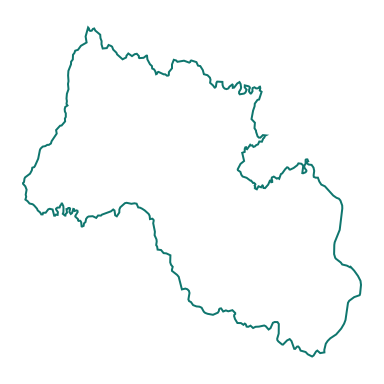 Venadillo, Tolima, Colombia (Equal Earth projection)
{"feature_id": "7082276B11434754616335", "entity_name": "Venadillo", "entity_type": "district", "adm_level": 2, "iso_a3": "COL", "parent_name": "Colombia", "parent_adm1": "Tolima", "projection": "equal_earth", "projection_center": [-74.942, 4.71], "detail": "fine", "context": "isolated", "style": "outline", "palette": "teal", "viewbox_px": 384, "rotation_deg": 0, "n_neighbors": 0, "source": "geoboundaries", "source_scale": "gbopen_adm2", "svg_char_len": 5860}
<svg xmlns="http://www.w3.org/2000/svg" viewBox="0 0 384 384"><path d="M324.9,186.3L321.3,184.6L319.3,181.5L317.9,177.7L315.7,177.7L313.8,176.9L313.6,175.3L314.2,170.9L313.5,167.6L311.6,164.9L308.5,164.5L307.0,163.3L306.8,162.0L308.2,161.3L307.4,159.4L306.1,159.4L305.6,159.9L305.6,163.5L304.2,166.1L304.6,168.0L306.4,170.4L306.3,171.4L305.5,172.3L303.0,173.3L302.3,173.1L303.2,166.3L302.5,164.7L301.2,163.7L298.4,163.4L297.3,165.2L293.6,168.0L290.2,169.6L289.5,169.5L288.2,167.7L287.1,167.3L285.2,169.2L282.2,173.4L280.9,174.1L279.2,178.8L278.1,178.1L276.8,178.6L273.8,176.6L271.9,177.5L271.6,178.6L272.2,180.6L272.2,182.0L271.3,182.2L270.6,180.4L269.9,180.6L268.2,184.6L265.1,188.1L263.5,188.0L262.8,185.6L262.4,185.4L261.1,187.3L258.5,186.3L256.8,189.3L255.2,188.5L254.8,188.0L255.3,187.0L254.6,185.7L255.4,184.5L255.2,183.9L253.9,182.8L253.1,183.0L251.1,180.6L250.5,180.7L246.6,177.8L242.6,176.5L241.3,174.7L240.4,171.9L237.9,170.2L237.7,169.3L240.5,163.9L244.1,161.0L242.2,152.8L244.7,151.9L244.7,149.0L245.3,147.4L246.0,147.2L246.5,148.9L247.1,149.2L250.2,144.8L251.0,145.6L252.3,145.3L253.4,146.9L254.9,146.4L256.2,145.1L258.0,144.4L259.3,141.5L261.9,141.7L263.2,138.6L264.2,137.7L265.1,135.7L265.7,135.4L262.9,135.1L260.4,137.6L258.9,137.6L257.6,136.4L256.1,131.9L256.0,130.6L254.5,128.2L254.9,122.7L251.5,119.1L253.1,110.6L254.6,106.3L254.8,103.6L257.5,99.9L259.1,99.5L261.6,91.8L259.8,90.5L260.3,88.1L260.0,86.7L259.4,86.8L258.8,87.9L257.3,88.4L256.1,88.4L254.5,87.3L252.7,88.0L252.4,88.9L252.5,91.3L251.2,93.4L250.5,93.5L249.1,91.6L249.2,89.3L249.9,88.0L249.8,87.3L248.7,86.3L244.8,85.4L244.7,87.3L246.6,89.8L245.4,92.6L244.0,93.6L239.8,94.3L239.1,93.4L239.1,91.8L240.8,88.9L241.1,87.6L240.6,84.0L239.5,82.1L237.2,83.5L234.1,87.6L232.8,87.8L232.7,84.8L232.3,84.5L229.4,86.7L228.4,88.4L226.6,89.1L224.7,88.6L223.4,87.3L222.6,85.2L222.4,81.9L217.2,81.6L216.5,82.6L215.9,86.6L215.2,87.5L214.6,87.6L213.0,85.4L210.1,82.8L210.5,79.7L209.9,77.6L207.5,75.2L203.9,74.2L202.8,70.1L200.3,66.1L198.0,65.6L196.4,62.1L191.4,60.5L190.7,60.7L190.2,62.0L189.2,62.6L184.0,60.7L177.4,61.8L176.2,60.5L173.8,59.8L172.0,64.4L172.0,68.3L168.9,72.1L168.8,75.0L168.4,75.5L167.0,75.7L165.2,74.3L163.6,74.3L158.5,71.9L157.7,72.2L156.9,73.8L156.1,74.2L155.3,71.4L154.1,69.4L152.2,68.5L151.9,66.0L150.0,64.3L147.4,59.4L147.0,55.7L146.4,55.6L143.6,57.8L139.4,58.1L138.9,57.7L138.9,56.1L136.8,53.8L134.7,54.2L132.0,56.1L128.3,53.5L126.5,55.7L126.1,57.5L122.6,59.3L117.1,54.4L116.4,52.7L113.2,49.6L112.1,46.7L110.9,45.9L108.6,45.0L106.8,48.1L102.7,48.5L101.5,44.3L101.6,41.1L100.5,38.2L100.2,34.7L95.3,30.6L94.2,28.5L93.0,28.9L91.7,30.7L90.2,30.9L89.4,30.3L88.9,28.4L88.1,27.5L85.6,36.5L86.6,42.5L80.9,45.8L78.0,49.8L75.2,50.7L74.4,53.0L73.0,54.8L72.8,59.5L71.1,61.7L71.0,64.3L68.4,70.9L68.1,75.4L68.5,81.2L68.0,84.0L68.5,89.2L66.9,93.8L66.5,98.6L66.9,101.2L66.5,103.9L67.5,105.5L65.3,106.9L64.7,109.1L64.9,111.5L65.8,113.3L65.8,116.9L64.9,118.6L65.1,121.4L61.6,125.5L60.1,125.7L56.1,130.1L56.7,133.6L51.6,141.2L50.9,143.5L48.8,144.9L47.2,144.9L45.3,146.1L42.7,146.6L40.6,148.6L39.9,150.1L38.2,158.7L35.0,165.9L34.2,167.1L32.3,167.7L31.8,170.4L30.0,173.7L25.1,177.4L24.5,178.6L24.0,182.0L23.0,183.1L23.1,183.9L25.3,186.3L26.6,189.7L25.7,194.7L26.2,196.8L25.4,199.6L27.5,201.1L29.5,203.5L32.6,204.2L34.1,205.4L37.0,208.7L37.7,210.4L40.1,212.4L41.3,214.4L42.6,214.4L43.2,212.8L45.7,212.7L48.3,209.3L49.8,208.8L52.6,209.5L54.2,215.7L55.1,215.7L55.9,214.6L57.6,214.9L57.9,212.1L56.1,209.5L56.1,208.6L57.4,207.6L59.6,207.5L60.3,205.5L61.2,204.7L61.6,203.5L62.1,203.5L63.3,206.1L63.5,208.1L63.4,212.3L62.8,213.8L65.0,215.6L65.4,215.6L65.7,213.9L67.0,212.7L66.5,209.1L67.7,208.9L68.3,208.0L69.6,208.0L70.1,208.7L69.4,211.9L70.8,214.0L72.0,213.1L73.3,208.9L74.0,209.1L74.5,211.0L76.4,210.4L77.4,210.7L77.7,212.0L75.4,215.7L75.3,216.6L78.0,219.2L78.1,220.4L78.5,220.9L80.0,220.7L80.6,221.2L81.2,222.3L81.6,226.4L82.0,226.6L83.6,225.9L84.0,223.4L85.5,222.0L86.1,218.9L87.5,217.1L88.6,216.5L92.7,216.2L96.2,217.9L98.1,215.5L100.9,215.6L102.0,214.6L111.0,211.3L113.2,209.5L114.5,210.5L115.2,215.3L116.8,216.3L119.3,212.5L119.4,209.4L120.3,207.3L124.9,203.2L126.6,202.8L131.4,203.8L134.5,203.3L136.6,203.7L138.2,207.4L140.1,207.7L142.1,208.7L144.7,210.4L148.7,214.0L149.6,215.8L150.0,219.1L152.4,218.7L153.5,219.8L153.7,220.7L153.2,223.2L154.9,231.7L154.6,235.2L156.5,239.5L156.7,241.5L156.2,245.1L157.1,246.5L157.6,249.6L161.0,250.0L163.6,253.1L166.4,253.4L170.4,255.3L170.2,262.3L171.0,264.7L172.7,266.8L171.9,269.8L172.0,270.9L177.1,274.9L178.7,276.8L181.9,289.4L185.4,288.6L187.4,289.3L188.9,290.8L189.5,293.0L188.4,299.4L189.1,301.1L191.0,302.1L193.1,305.1L196.4,306.4L199.5,306.7L201.6,307.7L203.8,311.7L205.2,312.9L207.6,313.8L213.0,314.8L217.8,312.7L218.8,311.2L219.1,309.3L220.0,308.5L221.1,308.4L223.2,311.5L225.9,310.4L228.2,311.3L232.4,310.2L235.2,313.0L235.2,314.0L234.3,314.8L234.1,316.1L235.0,319.0L237.4,323.0L241.0,323.1L243.4,324.8L244.8,323.6L245.8,324.4L246.6,326.6L248.2,326.8L250.5,325.7L253.1,328.0L255.5,326.8L259.0,326.6L264.2,325.5L265.7,326.2L268.6,329.5L270.5,328.2L272.9,322.8L274.7,322.0L277.5,322.1L278.8,324.0L278.7,333.6L277.2,338.7L277.3,340.0L278.3,341.4L282.1,344.5L283.0,344.6L287.1,340.4L289.7,339.1L291.5,341.1L294.2,348.8L295.1,348.9L297.1,346.6L298.2,346.5L299.3,347.7L300.6,350.6L305.6,352.0L307.8,354.3L312.1,356.5L313.6,355.5L316.0,351.6L317.3,350.6L320.2,353.1L324.4,352.4L324.3,349.9L325.8,343.7L327.7,340.9L330.3,338.3L336.2,334.4L341.2,328.6L344.1,323.7L345.5,320.0L348.0,302.8L349.2,300.8L354.2,297.1L359.6,295.2L360.1,293.8L361.0,284.9L360.5,280.9L358.0,276.0L354.2,270.7L350.6,266.8L350.1,267.3L346.8,265.6L342.2,264.5L340.8,262.5L336.1,258.9L335.2,257.8L334.1,254.1L334.3,244.9L334.7,242.3L339.7,229.9L342.3,208.4L342.2,205.5L340.4,200.5L338.9,198.7L336.5,197.8L333.2,195.5L324.9,186.3Z" fill="none" stroke="#0f766e" stroke-width="2"/></svg>